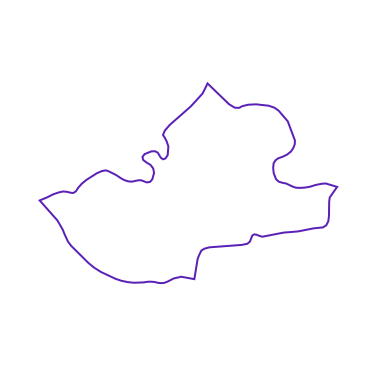 the border of Bình Dương, rotated 293°
{"feature_id": "VNM-483", "entity_name": "Bình Dương", "entity_type": "Province", "adm_level": 1, "iso_a3": "VNM", "parent_name": "Vietnam", "parent_adm1": "", "projection": "natural_earth1", "projection_center": [106.657, 11.214], "detail": "fine", "context": "isolated", "style": "outline", "palette": "violet", "viewbox_px": 384, "rotation_deg": 293, "n_neighbors": 0, "source": "natural_earth", "source_scale": "10m", "svg_char_len": 1691}
<svg xmlns="http://www.w3.org/2000/svg" viewBox="0 0 384 384"><g transform="rotate(293 192 192)"><path d="M168.9,264.7L165.9,263.1L162.7,258.4L147.9,229.7L144.8,225.7L141.8,223.5L136.5,223.2L132.3,223.4L112.7,228.2L109.8,215.2L105.3,209.0L99.5,204.1L97.3,201.7L96.0,199.1L95.1,196.1L94.5,192.5L93.3,189.0L91.9,186.0L89.9,182.8L85.9,174.3L84.0,168.3L82.7,161.7L82.2,155.3L82.8,139.4L84.1,131.6L86.2,124.4L95.2,101.9L97.9,97.2L103.4,91.1L106.6,88.0L113.2,79.3L124.7,55.1L130.6,60.9L135.5,65.0L139.3,69.2L142.1,73.1L143.2,76.4L144.0,80.9L144.4,82.5L145.6,83.9L147.6,84.9L151.9,85.7L156.8,87.4L162.1,90.2L172.1,97.1L176.0,100.8L178.3,104.3L178.5,107.1L178.0,115.2L176.8,121.8L176.5,125.3L176.9,129.1L178.0,132.6L181.7,137.8L182.9,140.6L183.2,146.8L184.9,149.4L188.2,150.5L194.8,149.6L198.5,147.1L200.7,143.3L201.4,138.5L202.5,134.4L205.0,132.7L208.4,133.6L213.6,138.8L215.1,142.2L214.8,145.2L211.4,149.8L210.8,152.6L212.6,154.5L216.5,155.2L224.8,152.4L228.8,148.8L231.6,145.4L233.2,143.0L237.9,143.0L245.1,145.3L270.2,157.4L286.9,163.3L298.0,163.9L287.3,191.7L286.3,198.3L287.8,202.4L290.8,204.9L294.2,209.5L297.7,216.6L301.4,228.9L301.8,235.1L300.7,240.0L294.5,252.5L279.8,266.5L276.3,267.9L272.3,268.1L268.0,267.3L263.6,264.9L259.9,261.7L256.8,258.3L253.9,256.5L250.4,255.9L245.9,257.3L241.2,259.9L236.6,264.4L235.4,267.9L235.8,271.5L236.6,275.3L236.3,282.9L236.6,286.1L237.9,289.6L240.0,293.9L243.0,298.6L246.8,303.1L250.0,307.8L252.1,311.7L253.4,323.6L240.7,320.9L236.6,322.1L223.6,327.4L218.3,328.9L213.9,328.6L210.6,326.4L206.1,318.2L197.2,305.1L190.3,292.0L178.3,274.2L177.9,270.9L177.9,268.0L177.3,265.8L175.5,264.5L168.9,264.7Z" fill="none" stroke="#5b21b6" stroke-width="2"/></g></svg>